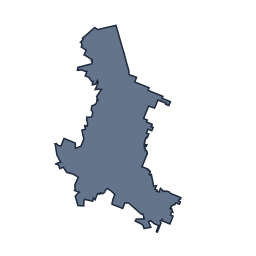 the district of Navojoa, Sonora, Mexico, rotated 202°
{"feature_id": "50627088B81752384557696", "entity_name": "Navojoa", "entity_type": "district", "adm_level": 2, "iso_a3": "MEX", "parent_name": "Mexico", "parent_adm1": "Sonora", "projection": "albers", "projection_center": [-109.481, 27.027], "detail": "fine", "context": "isolated", "style": "filled", "palette": "slate", "viewbox_px": 256, "rotation_deg": 202, "n_neighbors": 0, "source": "geoboundaries", "source_scale": "gbopen_adm2", "svg_char_len": 5069}
<svg xmlns="http://www.w3.org/2000/svg" viewBox="0 0 256 256"><g transform="rotate(202 128 128)"><path d="M98.5,168.3L107.5,168.3L107.5,170.4L115.7,170.4L116.0,170.4L117.2,170.4L123.6,170.4L123.6,173.2L123.8,173.2L126.5,173.2L133.6,173.2L139.0,173.2L139.0,178.2L146.9,177.9L147.7,179.4L148.7,181.5L149.5,182.4L149.5,182.5L154.7,189.1L158.1,193.8L158.3,194.0L159.2,195.4L159.3,195.6L160.6,197.0L163.2,200.2L177.6,218.7L193.0,207.9L196.5,208.7L200.9,200.0L201.7,198.4L203.9,194.2L202.8,193.2L204.0,190.2L204.2,189.8L203.5,189.8L203.4,189.7L202.9,189.3L201.5,187.0L201.8,185.6L195.9,184.5L196.2,179.4L194.4,179.2L186.5,177.8L186.4,176.0L186.5,176.0L185.7,175.5L185.6,174.0L197.1,165.6L197.1,165.1L196.8,165.1L196.8,162.7L196.3,162.7L195.9,162.8L194.9,163.2L192.4,164.6L190.2,164.4L187.4,164.9L187.7,164.3L187.4,164.0L187.3,163.7L187.2,163.2L187.2,160.3L183.6,160.3L178.8,157.5L178.6,157.5L178.0,158.0L177.2,154.6L174.4,156.7L174.1,160.7L173.6,160.2L172.8,159.3L172.8,159.1L172.8,158.7L172.9,158.3L173.0,158.2L172.7,157.6L172.7,153.3L172.7,152.9L172.7,152.7L172.8,151.4L170.6,152.5L167.1,153.9L168.9,145.4L168.7,145.2L168.4,145.0L168.3,144.7L168.2,144.4L167.9,144.2L167.7,144.0L167.5,143.7L167.4,143.5L167.4,143.1L167.2,143.0L166.8,142.9L166.7,142.7L166.6,142.8L166.4,142.8L166.1,142.8L166.2,142.4L166.5,142.3L167.3,142.2L167.1,141.8L166.9,141.4L166.9,141.2L166.7,138.9L166.7,138.7L167.3,137.9L167.3,137.4L169.3,135.5L169.7,135.2L169.6,134.5L169.6,134.4L169.6,134.2L169.7,133.8L169.6,133.7L169.4,133.3L169.3,133.1L169.0,131.0L168.6,130.7L167.6,130.5L167.4,130.2L167.2,129.8L167.0,129.5L166.6,129.1L166.5,128.5L166.1,127.7L166.2,126.9L166.0,126.1L165.9,125.3L165.8,124.7L166.3,124.3L166.6,124.3L168.3,123.2L168.6,123.3L169.5,122.7L170.2,122.8L169.9,121.8L169.7,120.8L169.3,119.8L169.1,119.6L168.4,118.7L168.1,118.5L167.5,117.6L167.0,116.5L167.0,115.8L166.9,115.2L166.7,114.9L166.5,114.4L169.1,114.0L167.0,110.8L170.0,108.8L166.0,102.9L164.9,101.5L164.8,98.3L164.9,93.3L169.2,89.5L171.2,94.3L183.4,94.4L183.4,86.2L183.8,86.1L185.5,85.8L186.4,85.8L188.7,86.7L188.8,86.3L189.5,86.0L189.8,85.9L189.3,85.5L183.8,76.3L178.6,71.9L177.7,71.2L177.9,71.2L178.0,71.0L178.4,70.7L179.1,70.1L182.0,67.1L180.6,67.9L178.3,67.4L176.0,64.8L173.2,67.4L172.5,66.9L172.0,66.5L168.2,63.8L165.8,64.2L161.6,64.7L155.7,63.8L156.0,55.3L154.2,51.7L154.2,50.0L150.1,50.2L149.2,50.2L150.1,48.4L151.4,45.0L145.4,37.3L139.8,39.2L141.4,43.5L141.5,45.6L133.3,46.9L133.8,50.1L133.7,50.1L131.6,49.1L131.7,55.8L129.5,55.9L129.2,56.8L129.3,57.4L129.4,57.6L129.1,57.8L128.5,57.5L128.4,57.4L128.0,57.4L127.8,57.5L127.6,57.4L127.4,57.3L127.2,57.3L127.1,57.5L126.9,57.7L126.7,57.9L126.7,58.1L126.6,58.3L126.4,58.5L126.1,58.8L125.9,59.1L125.7,59.6L125.5,60.0L125.6,60.6L125.7,61.0L125.8,61.4L124.5,64.2L119.9,63.3L115.3,61.3L115.3,56.6L114.6,52.2L114.2,51.3L102.8,51.4L102.8,55.1L102.9,57.3L99.3,58.7L83.0,53.0L81.9,53.8L78.9,49.8L86.3,46.6L86.4,44.4L82.6,44.2L78.3,43.8L75.4,40.8L69.6,44.5L74.1,49.1L73.8,49.5L73.1,49.7L72.4,50.0L72.3,50.4L72.1,50.6L71.9,50.5L71.8,50.3L71.7,50.2L71.1,50.1L69.5,49.7L68.3,49.1L67.9,49.1L63.1,49.0L62.9,42.5L61.8,42.5L61.8,49.0L61.8,52.4L63.3,53.8L63.1,54.1L62.9,54.3L62.2,55.9L61.2,54.7L53.2,54.7L53.2,63.2L56.0,63.2L56.0,66.8L55.0,66.7L55.5,67.3L56.2,68.1L56.5,68.5L57.4,69.6L57.7,69.8L57.7,69.7L58.1,69.7L58.2,69.2L58.3,68.8L58.9,68.8L58.3,72.4L57.8,72.7L57.6,72.8L57.4,73.0L57.2,73.6L57.1,73.8L56.1,74.3L55.9,74.5L55.8,74.9L55.9,75.0L56.0,75.6L55.9,75.9L55.7,76.3L55.5,76.5L53.4,76.5L51.8,76.6L51.8,79.1L53.9,79.1L53.9,80.2L53.2,81.4L52.8,81.6L52.8,83.2L54.9,83.2L58.9,83.3L64.2,83.3L64.8,83.7L65.2,84.0L65.9,84.1L67.9,84.1L68.0,84.1L68.4,84.0L69.2,83.4L69.3,83.4L69.5,83.3L70.1,83.4L70.4,83.4L70.6,83.3L70.7,83.2L70.9,82.6L71.0,82.5L71.1,82.4L71.9,82.4L72.0,82.4L72.1,82.5L72.4,83.1L72.6,83.3L75.1,84.1L75.3,84.2L75.3,80.2L77.8,80.2L77.7,81.2L80.1,81.2L80.1,85.1L82.3,83.6L89.0,93.7L90.2,92.6L90.3,92.6L90.9,92.7L91.0,93.6L91.1,94.0L90.7,94.8L90.9,95.0L90.9,95.3L91.2,95.3L91.3,95.8L91.3,96.2L91.5,96.3L91.9,96.2L92.1,96.3L92.2,96.7L92.3,96.8L92.7,96.6L93.2,96.6L94.3,96.6L94.2,97.4L100.1,97.4L100.3,97.4L100.5,97.3L100.5,101.4L100.5,111.5L101.0,111.5L101.1,112.9L102.1,113.4L102.4,113.9L103.1,113.7L102.9,114.0L103.7,114.2L104.2,115.5L104.3,115.6L104.7,115.5L105.0,116.2L105.3,116.1L105.4,116.7L106.0,116.7L105.9,117.1L105.8,117.4L105.8,117.5L105.6,117.6L105.2,117.5L105.2,118.6L104.5,118.6L104.5,117.9L104.2,117.9L104.2,119.6L104.4,119.5L104.5,119.4L105.1,119.2L105.3,119.1L106.3,119.0L106.4,118.9L106.8,118.8L106.8,119.1L106.8,119.7L107.1,119.7L107.1,120.3L107.1,120.5L107.1,121.5L107.7,122.3L107.5,122.6L107.8,123.0L107.6,123.2L107.6,125.5L107.1,125.5L107.1,126.5L106.5,126.5L106.5,129.5L106.5,130.3L109.0,130.2L109.0,132.1L109.0,134.4L104.9,134.4L104.9,137.8L107.0,137.8L107.0,138.0L106.6,138.5L107.0,138.5L107.0,140.5L113.1,140.5L113.1,142.6L117.1,142.6L117.1,156.0L110.8,156.4L110.7,160.8L110.8,162.0L110.8,165.1L107.6,165.1L107.7,165.3L107.4,165.3L107.4,165.1L101.8,165.1L101.8,164.0L98.5,164.1L98.5,168.3Z" fill="#64748b" stroke="#1e293b" stroke-width="1.5"/></g></svg>